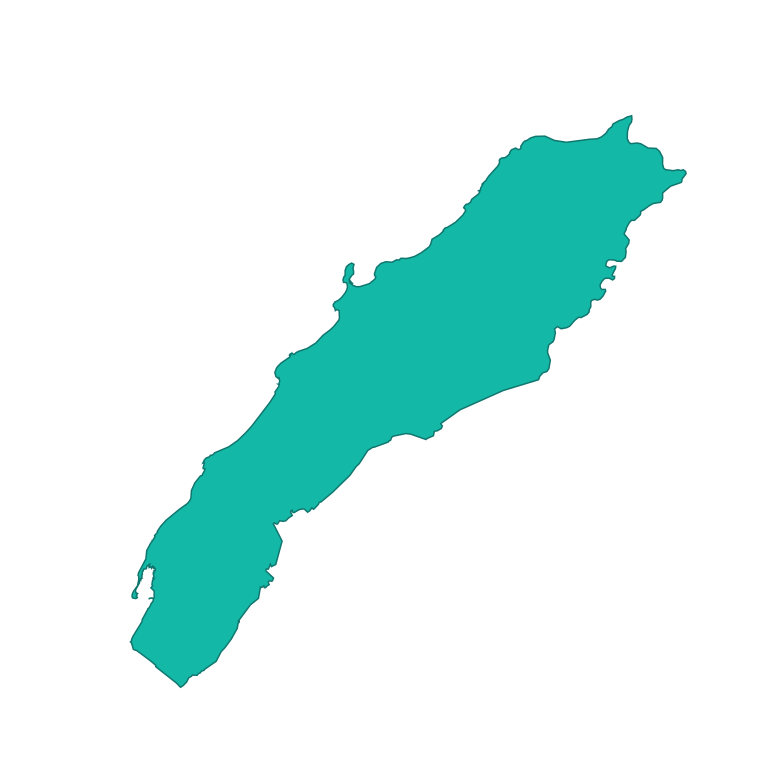 the district of La Union, La Union, Philippines, rotated 44°
{"feature_id": "2640588B50881283310688", "entity_name": "La Union", "entity_type": "district", "adm_level": 2, "iso_a3": "PHL", "parent_name": "Philippines", "parent_adm1": "La Union", "projection": "equal_earth", "projection_center": [120.343, 16.561], "detail": "fine", "context": "isolated", "style": "filled", "palette": "teal", "viewbox_px": 768, "rotation_deg": 44, "n_neighbors": 0, "source": "geoboundaries", "source_scale": "gbopen_adm2", "svg_char_len": 6105}
<svg xmlns="http://www.w3.org/2000/svg" viewBox="0 0 768 768"><g transform="rotate(44 384 384)"><path d="M492.2,273.6L490.7,270.3L490.5,265.6L492.5,261.9L491.9,258.4L487.1,251.3L480.2,248.0L478.3,246.2L475.3,241.3L476.2,236.4L475.4,233.8L471.7,228.1L468.4,225.9L468.9,222.2L473.1,221.2L476.4,216.4L477.4,213.6L477.0,205.8L477.5,201.6L477.7,200.7L479.6,199.3L481.8,192.8L481.5,189.7L479.9,187.8L479.2,184.9L475.8,181.4L475.3,179.6L476.5,177.0L479.5,175.1L480.6,172.6L480.4,168.4L478.9,163.2L477.5,162.2L475.0,164.7L473.1,164.6L470.6,162.7L469.5,158.8L469.4,155.3L470.1,153.7L472.6,151.4L476.2,150.3L476.5,148.0L475.1,146.4L473.3,147.8L472.2,146.6L470.3,140.2L468.9,138.3L467.4,139.5L465.7,143.6L462.1,144.9L461.2,144.6L459.9,142.8L459.1,140.5L459.5,138.4L463.6,134.8L466.2,133.9L469.7,130.8L469.7,125.3L466.3,120.7L463.8,118.8L462.3,112.8L460.3,110.1L452.7,109.3L452.0,108.4L450.9,104.5L450.1,103.9L448.4,97.7L448.3,94.3L450.5,92.3L450.9,84.7L450.3,83.2L448.7,81.6L449.8,78.4L450.9,71.7L452.2,67.3L456.7,61.2L456.3,58.4L455.2,56.6L451.7,53.0L452.7,42.7L457.7,32.7L457.6,31.6L456.0,29.4L455.2,22.9L453.2,21.6L450.5,22.0L449.1,24.4L446.9,25.4L443.8,29.7L437.7,34.2L435.5,34.6L431.6,32.3L427.1,27.5L420.5,25.2L416.1,25.5L410.1,30.8L401.8,32.8L398.6,34.9L394.6,39.7L392.3,40.0L388.5,38.5L383.6,33.1L380.7,27.8L380.1,23.8L378.5,21.4L375.8,19.0L373.3,23.3L372.1,27.8L370.3,30.9L368.1,37.9L369.2,40.4L368.6,44.6L369.5,49.5L368.8,55.2L366.9,59.7L361.9,65.1L347.3,83.4L337.4,90.4L327.6,93.9L321.0,100.6L318.6,105.0L317.6,109.4L316.5,111.5L316.4,113.6L317.3,118.1L318.6,119.0L318.7,120.5L317.5,122.3L314.8,122.8L313.0,127.1L313.5,129.8L314.5,131.4L314.3,135.1L313.7,137.3L311.6,139.8L311.2,141.5L311.4,142.8L313.7,145.0L314.5,148.5L314.9,161.4L315.6,165.7L316.2,167.0L315.8,167.8L315.7,172.8L316.3,171.4L317.4,175.7L318.7,177.6L317.3,180.0L318.6,178.4L319.5,179.5L320.0,181.5L318.8,190.2L320.0,193.3L319.2,196.7L318.3,197.5L318.3,199.9L318.9,201.9L320.3,201.7L322.3,202.5L323.4,207.7L323.1,218.1L320.7,227.5L319.6,229.0L319.8,232.4L320.5,232.7L320.2,238.2L318.0,246.5L320.5,251.1L321.2,254.0L319.6,263.9L317.4,270.9L315.2,274.8L312.9,278.2L308.9,281.7L308.6,284.5L306.8,285.9L305.2,290.8L300.3,294.9L298.0,299.5L297.7,305.2L300.5,311.3L301.8,312.4L303.5,312.5L304.6,314.7L303.8,321.9L299.1,330.6L296.8,333.0L293.3,334.6L291.5,334.5L291.4,332.7L291.4,334.7L290.2,334.8L290.0,333.0L290.0,334.9L289.1,335.0L288.8,332.6L288.8,334.7L288.2,334.7L288.3,334.0L286.8,333.5L287.0,333.0L286.4,333.0L286.0,332.1L285.3,327.1L285.8,326.3L284.3,324.4L281.3,322.3L279.3,318.8L276.7,319.5L275.7,322.8L275.5,325.6L277.1,329.2L280.6,332.9L280.8,335.0L282.2,337.7L284.3,339.0L286.3,337.3L287.8,337.6L290.2,339.4L291.7,341.8L292.8,345.5L293.4,351.1L293.1,355.3L291.7,359.2L292.3,362.1L293.6,363.3L295.8,363.5L298.0,365.0L298.4,363.1L300.8,362.4L306.1,367.5L307.1,369.4L307.9,377.2L307.7,382.3L306.3,391.1L306.5,401.9L304.0,411.9L299.9,419.8L299.0,422.3L298.8,425.2L296.4,425.9L296.0,426.6L295.7,427.8L295.9,429.0L296.4,429.2L295.9,427.9L296.1,426.7L297.5,430.0L295.4,440.3L295.3,444.6L295.6,447.1L297.5,451.6L301.1,453.7L304.3,453.4L303.8,452.5L304.1,452.3L307.1,454.5L308.4,457.1L308.0,457.6L309.1,457.3L310.2,459.6L311.1,465.5L312.4,466.2L312.9,467.3L314.7,476.7L318.1,506.1L318.4,515.5L318.0,526.6L315.9,537.2L310.0,551.1L310.0,554.3L308.6,555.9L309.0,557.5L307.5,560.7L307.5,563.5L308.6,566.5L309.0,565.2L309.7,565.7L312.1,570.0L312.9,570.5L314.0,569.3L315.0,570.6L316.1,575.0L316.8,576.0L315.8,577.7L316.6,586.4L319.5,594.4L324.3,600.1L325.3,602.9L325.6,606.7L323.9,615.9L321.9,633.3L322.2,641.4L323.3,647.5L324.1,647.9L324.2,652.3L325.3,652.9L326.3,657.1L325.9,657.6L326.5,658.0L326.7,660.5L329.0,668.6L334.2,675.2L338.6,690.4L340.0,692.5L341.1,692.7L343.5,695.1L346.8,700.3L347.9,707.4L349.0,710.2L350.5,712.0L351.8,712.5L354.5,710.8L355.0,709.4L354.8,708.8L353.2,708.7L352.9,707.2L351.6,706.8L352.0,706.0L350.4,706.4L348.4,704.9L346.2,696.9L344.5,694.9L345.5,694.5L344.7,693.2L344.8,692.3L344.3,692.7L344.5,691.8L343.3,690.5L342.6,690.9L343.1,690.1L342.4,689.8L342.5,688.9L340.4,686.8L340.7,685.8L339.7,684.2L341.3,682.2L339.9,679.4L340.7,678.7L340.2,677.3L340.7,676.3L341.5,678.3L342.4,678.0L342.6,679.0L343.5,677.7L344.9,678.0L344.0,675.9L345.4,675.5L345.4,676.3L346.5,676.5L346.9,675.6L348.1,675.8L348.5,676.2L348.2,677.6L348.9,677.3L349.2,678.3L348.8,679.3L349.9,680.0L349.4,680.3L349.7,680.7L352.6,682.7L352.4,683.6L353.6,685.1L353.9,684.4L354.2,686.5L356.4,689.5L358.4,690.3L357.8,690.3L357.9,692.5L362.6,692.6L364.2,694.3L364.6,693.9L364.3,694.4L365.0,695.3L366.8,696.9L367.2,697.9L364.8,700.0L364.3,701.2L363.6,701.1L364.3,701.5L365.0,700.0L366.9,698.3L368.8,700.7L369.0,703.7L370.1,706.4L370.5,708.8L370.3,709.4L369.6,709.5L370.3,709.5L370.9,711.2L373.7,721.4L375.0,723.1L378.6,739.5L379.8,742.9L380.7,744.0L380.8,745.7L381.9,745.5L388.1,749.0L391.4,747.5L408.0,745.4L415.0,744.9L416.4,745.9L442.3,743.3L448.3,743.5L449.0,740.6L449.1,735.6L447.6,731.0L448.5,728.1L448.4,726.4L451.9,723.4L451.7,721.1L452.5,719.5L452.2,717.5L453.4,715.0L453.2,713.6L455.9,700.1L452.8,689.6L452.7,684.1L451.3,673.4L448.2,661.8L445.3,657.5L445.3,655.9L444.5,655.1L443.9,655.6L441.3,635.6L442.6,625.4L436.1,615.8L437.4,615.3L437.7,612.6L439.4,613.6L440.3,612.7L440.2,610.5L440.8,608.1L438.7,607.2L438.1,606.2L438.5,605.0L440.1,604.0L440.5,603.1L439.3,600.3L428.8,600.5L428.0,599.4L427.9,598.8L429.4,597.5L427.4,592.6L429.9,593.5L431.5,589.0L419.8,567.8L401.4,561.4L401.4,560.5L401.6,559.9L403.7,559.6L404.7,558.7L403.9,555.0L407.0,552.7L408.4,550.4L408.4,546.6L409.4,542.3L405.7,541.0L405.2,539.6L405.6,538.6L407.3,539.6L408.6,539.1L410.2,533.5L412.2,530.4L413.8,529.3L418.1,529.3L418.7,526.7L418.1,523.2L420.3,523.1L420.5,522.0L420.4,516.2L419.7,514.2L420.6,512.6L422.2,497.6L422.9,473.5L421.3,462.7L421.5,458.4L418.5,443.1L419.9,437.2L420.7,436.6L427.4,422.7L427.2,421.2L427.8,420.0L426.6,417.0L426.7,415.4L434.2,404.4L438.1,401.5L452.7,394.8L452.9,393.1L455.5,386.9L453.4,383.6L453.3,382.6L454.9,380.6L456.1,376.2L455.2,373.7L452.3,373.1L456.6,349.7L474.3,305.8L492.2,273.6Z" fill="#14b8a6" stroke="#0f766e" stroke-width="1.5"/></g></svg>